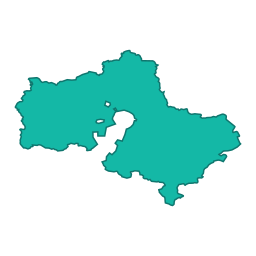 Moskovskaya, Robinson projection
{"feature_id": "RUS-2364", "entity_name": "Moskovskaya", "entity_type": "Region", "adm_level": 1, "iso_a3": "RUS", "parent_name": "Russia", "parent_adm1": "", "projection": "robinson", "projection_center": [37.527, 55.599], "detail": "fine", "context": "isolated", "style": "filled", "palette": "teal", "viewbox_px": 256, "rotation_deg": 0, "n_neighbors": 0, "source": "natural_earth", "source_scale": "10m", "svg_char_len": 5800}
<svg xmlns="http://www.w3.org/2000/svg" viewBox="0 0 256 256"><path d="M78.7,145.9L78.3,145.7L78.1,144.9L78.2,143.9L77.9,143.4L75.9,143.4L74.5,144.1L70.9,143.3L69.2,144.2L67.6,144.6L67.5,144.9L68.0,146.6L66.5,147.9L66.1,148.6L64.3,149.2L63.2,150.2L62.6,150.4L58.1,150.9L57.6,150.9L56.4,149.8L54.7,149.5L53.6,148.7L53.1,148.7L51.8,149.2L49.1,148.1L45.4,147.9L40.9,145.1L38.8,144.7L37.3,145.4L32.5,145.0L33.0,146.1L32.7,146.5L31.0,146.7L30.1,148.1L27.9,148.9L25.2,147.9L23.6,147.9L20.6,144.4L20.1,143.0L20.4,142.3L20.2,140.1L21.3,136.6L21.1,136.0L20.4,135.1L20.8,134.4L21.4,133.7L21.6,133.1L21.4,131.3L20.8,130.5L20.0,129.9L19.9,129.7L20.3,129.2L20.9,129.0L22.8,129.4L24.4,129.4L25.0,128.5L25.2,126.7L23.9,124.5L23.1,123.9L22.6,122.1L21.6,121.3L21.4,120.7L21.6,120.2L22.8,119.7L22.4,118.5L23.3,117.4L23.3,116.9L21.3,115.4L21.0,114.3L20.4,113.3L18.7,111.7L18.6,110.8L18.8,109.5L18.4,109.5L17.7,110.1L17.3,110.0L17.2,108.6L16.9,108.2L15.5,107.6L15.4,106.9L17.1,103.6L18.0,102.7L19.8,101.7L21.9,101.6L22.6,101.1L22.9,99.9L21.5,98.8L21.4,98.3L22.5,97.2L23.1,95.9L24.5,95.1L25.0,94.5L25.0,93.4L23.9,92.5L24.3,91.5L26.7,90.8L29.5,90.9L30.8,90.5L31.2,90.1L30.6,88.2L31.5,86.2L31.3,85.6L30.4,85.2L30.3,84.8L30.6,84.2L31.0,84.0L32.2,84.7L32.5,84.5L32.6,83.9L31.7,82.0L30.6,82.6L30.4,82.5L29.7,80.2L28.5,79.2L28.8,78.6L29.3,78.3L36.9,77.7L38.3,78.3L39.4,79.1L40.9,81.4L42.1,82.3L42.9,82.4L44.3,81.9L45.9,81.7L46.7,81.8L48.8,83.1L51.5,82.6L55.1,84.1L56.0,85.1L56.8,85.0L57.8,83.3L58.9,82.8L59.7,81.8L60.3,81.5L62.1,81.5L67.2,79.7L71.7,80.1L75.8,79.8L76.0,79.7L76.5,77.7L77.1,77.0L78.5,76.6L82.6,74.5L88.0,72.9L89.0,71.6L89.3,71.6L96.1,73.0L96.4,73.3L96.3,73.9L96.6,74.4L98.0,74.7L98.8,75.4L99.4,75.4L99.8,74.4L101.7,74.1L102.3,73.7L103.6,71.9L103.7,70.9L102.8,69.7L102.7,68.9L103.0,68.4L103.9,67.6L103.9,67.2L103.3,66.7L104.1,66.3L104.1,66.0L102.3,64.4L102.6,63.1L103.8,61.9L104.3,62.1L108.0,60.6L108.5,60.6L108.9,61.8L110.2,61.1L112.0,61.1L113.7,60.4L116.7,60.0L118.6,60.3L119.2,60.1L119.9,58.5L121.9,56.3L121.6,55.7L122.0,55.1L122.0,54.7L121.2,54.0L121.6,53.3L123.3,53.4L123.7,53.1L123.6,52.5L124.0,52.0L126.2,51.1L129.1,50.5L129.8,50.6L130.3,52.2L130.9,52.6L134.8,53.5L135.4,53.9L135.5,54.6L136.0,55.1L136.6,55.2L137.9,54.7L138.8,54.9L140.2,56.2L140.6,57.4L141.4,58.5L141.5,60.1L141.9,60.7L152.7,60.9L153.7,61.3L154.9,62.4L155.7,64.3L158.0,65.1L157.6,65.6L155.7,66.5L156.5,67.4L156.8,68.4L155.5,70.6L156.0,72.7L155.7,73.2L154.6,73.6L154.5,74.4L155.2,75.3L155.8,76.6L158.3,78.1L158.9,78.8L159.0,79.7L158.3,81.6L159.2,82.3L159.7,83.4L159.7,86.1L160.1,88.1L160.0,88.4L159.4,89.2L159.4,89.7L160.2,90.8L161.8,92.3L162.5,92.4L164.0,91.8L163.4,93.9L163.4,94.5L164.0,95.5L164.9,98.0L166.6,99.9L166.7,101.1L167.5,103.0L167.5,103.4L166.8,104.6L168.2,106.8L168.6,107.0L170.2,106.5L172.4,107.1L174.1,107.3L176.3,109.2L178.2,109.1L179.0,110.3L179.8,110.0L181.1,109.0L183.8,109.6L186.1,108.9L186.9,108.9L187.4,109.9L187.6,111.3L188.6,113.0L190.6,114.1L191.7,114.3L194.8,113.8L200.7,114.4L201.2,114.9L201.2,115.5L200.3,117.0L200.7,117.4L202.3,118.2L203.6,118.0L205.4,118.1L206.8,117.6L211.1,117.4L213.4,116.5L216.0,117.0L216.6,116.8L217.4,116.0L221.9,114.3L223.0,114.1L224.5,114.6L225.7,115.3L226.2,116.0L226.3,116.6L226.0,119.0L226.5,119.7L233.8,125.6L234.9,126.6L234.7,127.3L232.8,130.4L232.8,132.1L233.2,132.5L236.4,131.5L237.3,131.9L237.6,132.2L239.3,135.3L239.5,135.9L239.2,136.4L237.4,136.8L237.7,138.4L239.7,142.9L240.6,143.9L237.3,147.0L232.0,149.9L227.9,150.8L223.7,151.0L222.8,151.5L221.1,153.2L219.0,154.3L218.9,154.4L220.0,155.3L221.1,155.8L223.5,154.5L225.2,154.7L226.3,155.5L226.6,156.6L223.3,161.6L220.7,160.5L218.7,160.1L217.5,160.2L213.8,161.1L213.7,161.9L213.3,162.4L211.2,163.2L208.7,164.9L207.2,167.1L204.7,168.6L203.8,170.0L203.4,173.2L201.6,175.9L201.8,176.2L203.0,176.7L202.8,177.2L201.7,177.9L198.8,177.8L197.6,178.3L197.4,179.1L197.9,181.5L197.8,182.1L197.4,182.7L196.6,182.9L194.5,182.7L193.2,183.1L188.7,183.3L186.3,184.3L185.2,185.2L184.6,184.9L183.9,183.8L183.3,183.7L178.8,184.6L177.1,187.4L177.0,188.0L177.7,190.4L177.4,191.9L177.5,192.7L178.1,193.6L181.9,194.9L183.3,195.7L183.3,196.1L182.9,196.5L181.4,197.0L180.5,198.0L179.9,197.9L179.7,197.5L179.1,197.5L176.9,198.5L176.6,199.0L175.1,199.6L174.6,200.5L174.2,201.8L174.0,204.2L173.4,204.9L172.4,205.5L170.7,205.0L168.8,203.9L165.4,202.9L165.2,201.5L165.0,198.5L164.6,197.1L162.6,196.0L159.3,192.2L159.2,190.8L158.8,190.1L158.8,189.7L161.7,188.9L163.5,186.2L165.1,185.6L165.0,184.9L164.1,183.4L163.0,182.5L159.5,182.2L158.2,181.4L157.1,181.9L151.6,181.3L151.2,181.0L150.1,179.5L148.2,180.0L147.1,178.9L146.5,178.7L144.8,178.7L144.0,178.4L143.2,177.7L143.4,176.0L142.9,175.5L141.6,174.8L140.0,174.7L139.8,172.9L139.0,171.2L134.7,170.8L132.5,171.6L130.7,171.7L130.5,171.9L130.5,172.5L131.2,173.6L131.4,174.2L130.9,176.8L130.1,177.3L126.9,178.1L121.9,176.7L121.6,175.6L119.1,174.3L118.3,173.4L117.5,171.8L116.9,171.3L116.2,171.3L114.0,171.8L108.4,171.0L105.7,169.6L105.2,169.1L105.7,168.0L105.7,167.3L103.6,165.3L103.2,164.0L102.1,161.9L106.2,160.5L106.5,156.7L109.5,153.0L112.0,154.7L115.8,151.0L117.6,145.5L115.2,143.2L117.6,139.9L122.2,141.1L125.0,134.4L126.4,129.1L128.0,128.6L130.7,127.1L133.2,124.5L134.4,120.7L136.1,120.8L136.6,119.5L134.6,118.1L134.0,115.6L132.6,113.9L129.3,111.9L124.2,110.1L117.4,111.4L115.4,108.1L113.7,109.0L116.2,111.6L114.8,112.8L114.0,115.0L112.8,117.1L112.4,119.2L115.4,124.0L106.3,127.3L104.7,136.0L97.9,136.0L97.8,131.9L92.9,132.1L93.0,137.2L97.4,144.3L92.5,148.4L91.5,148.8L90.9,150.1L87.1,150.6L86.7,150.2L87.1,148.9L87.0,148.6L85.6,146.9L84.8,146.5L82.9,146.2L80.6,145.5L78.7,145.9ZM98.8,123.4L103.8,121.9L104.2,119.9L100.5,119.3L97.0,119.9L96.0,121.8L96.5,122.8L98.8,123.4ZM108.3,107.0L110.4,104.8L110.0,102.9L105.9,101.3L104.8,105.2L108.3,107.0Z" fill="#14b8a6" stroke="#0f766e" stroke-width="1.5"/></svg>